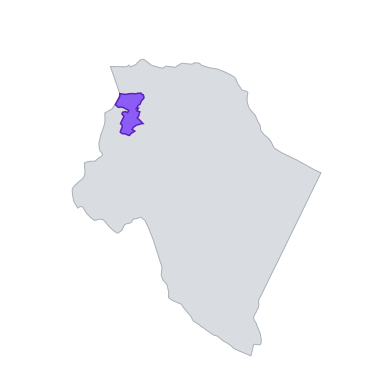 where Kitgum sits in Uganda, rotated 296°
{"feature_id": "UGA-3096", "entity_name": "Kitgum", "entity_type": "District", "adm_level": 1, "iso_a3": "UGA", "parent_name": "Uganda", "parent_adm1": "", "projection": "orthographic", "projection_center": [33.268, 3.395], "detail": "fine", "context": "in_parent", "style": "filled", "palette": "violet", "viewbox_px": 384, "rotation_deg": 296, "n_neighbors": 0, "source": "natural_earth", "source_scale": "10m", "svg_char_len": 3085}
<svg xmlns="http://www.w3.org/2000/svg" viewBox="0 0 384 384"><g transform="rotate(296 192 192)"><path d="M265.8,299.5L260.8,299.5L252.8,299.5L244.8,299.5L236.7,299.5L228.7,299.5L220.7,299.5L212.6,299.5L204.6,299.5L196.6,299.5L188.5,299.5L180.5,299.5L172.5,299.5L164.4,299.5L156.4,299.4L148.4,299.4L140.4,299.4L132.3,299.4L127.6,299.4L126.6,299.2L126.0,299.1L122.9,299.6L119.8,301.6L116.5,302.4L112.9,302.1L112.5,302.3L110.7,302.2L108.1,302.1L105.7,302.6L103.9,304.3L102.1,307.3L98.8,310.7L96.2,313.7L94.1,315.8L89.1,319.3L86.3,320.3L85.0,320.2L84.1,319.5L82.6,315.0L81.6,314.3L71.9,316.6L70.4,316.6L70.5,315.2L69.8,304.6L69.7,298.1L71.0,294.0L71.7,289.3L71.8,285.2L73.6,278.2L72.9,273.9L75.2,259.2L75.8,256.7L76.7,249.6L78.1,247.4L79.4,246.5L81.1,242.2L84.3,235.2L86.5,231.6L86.0,223.7L86.4,218.3L86.9,217.1L91.6,215.1L97.7,210.2L100.3,204.3L104.0,200.6L111.0,198.2L132.0,178.2L141.8,167.4L146.0,161.9L146.2,159.9L147.0,157.3L145.3,155.3L143.3,153.4L142.6,151.7L140.9,150.9L138.4,150.9L136.7,149.6L134.8,147.2L132.9,145.7L127.0,145.8L122.4,143.3L122.5,139.9L124.3,133.2L127.8,125.6L128.0,123.5L127.5,121.7L126.7,120.2L125.1,118.6L123.6,116.8L124.8,111.3L127.0,105.9L128.8,103.2L130.5,100.2L130.0,97.7L127.5,96.5L128.8,94.1L131.6,90.0L137.0,85.9L141.7,83.2L144.8,83.2L150.9,85.4L156.4,88.0L159.5,88.1L163.1,87.1L170.8,82.5L172.6,84.0L174.8,86.7L177.2,91.3L182.0,93.4L184.3,94.9L186.0,95.3L186.9,94.9L188.7,91.3L190.9,89.4L195.0,86.9L204.0,84.9L210.4,84.3L213.1,83.9L217.7,82.7L224.8,79.0L231.9,83.8L239.6,84.7L247.0,84.7L249.3,83.3L250.6,82.1L258.4,74.3L269.0,63.7L276.0,78.6L278.4,79.5L278.1,80.8L277.5,82.1L282.1,85.7L287.8,87.5L289.8,89.4L290.0,91.4L288.1,100.1L288.5,102.6L290.3,111.4L293.7,113.4L296.7,122.2L302.7,125.9L303.6,127.0L305.0,131.3L306.9,136.0L308.3,137.0L309.2,137.3L311.0,142.3L310.0,145.1L311.4,153.6L313.7,161.1L314.3,170.2L314.3,174.2L314.2,176.6L313.7,180.1L312.6,182.1L310.7,184.0L308.6,187.0L306.7,190.3L305.5,191.9L306.4,196.8L306.2,198.1L305.7,198.7L303.0,199.5L299.5,200.8L297.3,202.1L294.3,204.6L291.9,207.3L288.7,215.2L283.4,221.3L282.5,223.3L277.4,227.0L275.2,231.5L273.8,237.1L271.8,241.0L267.6,246.5L266.6,255.1L266.7,272.3L265.6,291.8L265.8,299.5Z" fill="#d9dde1" stroke="#a8b0b8" stroke-width="1"/><path d="M245.1,85.2L247.1,84.9L248.8,84.0L250.4,89.2L253.4,93.4L254.5,95.7L255.4,98.1L257.2,100.3L258.5,102.9L258.1,103.4L257.8,104.0L258.1,105.3L257.1,106.5L255.7,107.5L254.4,107.5L253.1,106.9L251.4,106.6L249.8,106.7L248.7,106.8L247.7,106.7L247.0,106.1L246.2,105.7L242.5,105.3L243.8,107.1L240.8,107.0L241.2,110.0L239.1,110.2L237.3,110.8L234.6,110.3L233.6,113.8L232.0,118.0L230.7,115.9L229.3,114.7L227.9,112.8L224.5,111.0L221.9,110.7L221.7,113.9L220.1,113.0L217.6,111.4L216.0,111.2L215.2,110.7L215.0,108.1L215.0,106.3L214.0,104.4L214.0,102.3L214.6,101.1L218.9,100.8L220.6,100.5L221.7,99.7L221.7,98.7L222.2,97.7L229.9,97.7L230.5,97.0L231.1,95.2L232.0,94.6L233.2,94.6L235.1,96.9L235.1,99.3L237.6,99.4L237.8,93.5L237.3,90.9L236.2,89.5L235.9,88.0L236.3,86.7L236.9,84.8L237.9,84.8L245.1,85.2Z" fill="#8b5cf6" stroke="#5b21b6" stroke-width="1.5"/></g></svg>